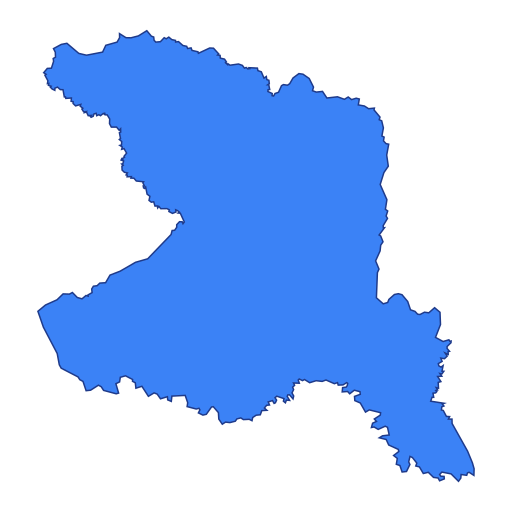 outline of Si Bun Rueang, Nong Bua Lam Phu, Thailand
{"feature_id": "78962969B72189645888200", "entity_name": "Si Bun Rueang", "entity_type": "district", "adm_level": 2, "iso_a3": "THA", "parent_name": "Thailand", "parent_adm1": "Nong Bua Lam Phu", "projection": "mercator", "projection_center": [102.187, 16.996], "detail": "fine", "context": "isolated", "style": "filled", "palette": "blue", "viewbox_px": 512, "rotation_deg": 0, "n_neighbors": 0, "source": "geoboundaries", "source_scale": "gbopen_adm2", "svg_char_len": 5939}
<svg xmlns="http://www.w3.org/2000/svg" viewBox="0 0 512 512"><path d="M47.3,68.4L43.7,72.7L46.1,74.3L44.9,75.2L47.9,80.8L47.4,83.6L48.8,83.4L48.4,85.3L51.1,86.2L50.3,87.1L52.1,89.0L54.8,90.3L54.9,88.2L57.5,87.1L60.3,89.6L63.0,89.7L64.3,96.9L65.5,96.9L65.8,98.4L71.4,98.0L71.1,101.3L73.1,101.6L73.1,103.5L75.6,105.9L80.8,104.4L80.2,106.2L82.8,108.2L81.9,109.1L83.7,111.9L86.1,111.6L85.3,112.4L86.5,112.1L88.2,115.7L91.2,115.4L90.3,116.4L91.1,117.3L93.2,116.3L94.0,113.9L96.2,113.3L96.7,115.7L98.9,114.7L100.5,115.7L103.2,113.5L104.4,114.3L104.6,112.6L105.1,114.8L107.2,114.9L109.7,119.0L109.5,123.6L111.3,127.1L116.6,127.1L119.2,130.3L120.6,128.8L120.7,132.1L119.4,132.7L120.5,138.5L119.3,139.5L121.7,141.5L121.5,145.0L119.9,145.4L122.3,147.0L121.7,149.3L124.0,148.6L126.6,153.1L124.0,156.3L124.5,157.3L122.5,158.4L122.9,159.8L121.8,158.7L121.1,160.1L123.6,160.8L122.9,163.7L121.7,164.0L123.2,165.3L121.9,166.2L122.1,170.1L124.4,172.3L127.4,172.9L126.1,174.9L127.3,175.2L127.1,176.8L131.4,176.6L130.9,178.1L133.9,178.2L136.3,181.0L143.6,181.8L142.9,182.9L144.5,186.0L143.2,186.0L143.6,187.9L144.7,188.5L145.7,187.3L147.1,194.2L149.9,196.3L149.0,200.4L151.3,202.2L153.7,201.8L155.0,206.1L157.2,205.9L157.7,207.9L158.8,206.3L160.8,208.7L166.9,208.6L169.3,209.8L168.9,211.5L172.5,213.4L176.0,212.0L175.7,209.8L177.5,210.6L179.2,212.0L178.1,213.0L180.3,213.2L184.3,222.0L183.0,223.7L182.2,221.8L179.5,221.7L176.7,224.7L176.7,227.3L174.6,230.3L172.1,230.5L171.1,234.5L147.7,258.8L135.5,262.3L120.1,271.2L110.0,275.1L105.6,282.7L99.8,283.1L97.1,285.7L93.4,286.2L91.7,289.0L92.1,292.6L87.9,295.0L88.1,296.1L86.0,295.5L82.0,298.8L77.3,297.5L72.4,292.5L69.4,294.1L63.1,293.9L57.0,299.8L45.5,305.0L37.9,311.3L43.4,327.2L57.2,353.5L59.3,364.8L61.2,368.2L78.0,376.9L79.8,379.7L83.0,381.4L86.1,390.7L90.6,390.2L98.4,385.2L101.2,386.7L103.6,390.4L116.2,393.8L118.6,393.1L115.9,383.7L119.6,381.9L120.3,377.3L125.5,375.8L132.6,379.5L132.5,381.3L135.3,382.8L135.9,388.2L141.9,386.3L148.4,396.3L154.1,392.9L157.2,394.1L160.5,398.8L167.4,396.7L167.7,399.9L171.3,401.4L171.9,396.1L185.2,395.4L187.7,402.7L187.1,406.6L196.2,409.0L199.0,408.3L199.9,409.9L198.4,412.9L202.9,415.1L206.3,414.3L211.5,407.0L213.3,406.7L218.4,412.6L218.8,419.1L222.3,424.2L225.5,422.1L229.9,422.6L235.3,421.2L236.9,418.9L240.8,417.9L243.4,419.6L249.2,419.3L252.0,420.7L252.7,417.5L256.2,415.2L260.3,414.8L261.8,410.6L266.9,410.3L264.4,408.0L266.6,405.3L269.5,405.0L268.2,401.9L272.5,400.6L274.1,403.4L275.4,402.8L276.6,400.1L275.0,397.7L276.8,396.2L284.0,398.6L283.4,401.2L285.4,402.8L286.4,400.1L289.6,400.4L287.2,396.4L287.8,394.9L289.5,394.8L293.0,398.9L293.7,396.0L292.0,392.9L293.6,389.6L292.6,387.2L294.6,385.3L293.5,383.0L299.3,383.2L298.2,380.0L299.2,379.0L302.5,380.6L304.5,379.5L309.7,382.7L316.1,380.7L322.2,381.4L326.0,380.0L334.4,383.7L337.5,382.6L338.2,385.1L343.0,384.9L346.7,382.6L347.7,383.4L347.2,385.7L346.2,387.1L342.6,387.6L342.2,391.9L347.6,391.5L349.7,393.8L354.3,390.2L360.0,391.7L360.3,394.3L354.5,396.4L354.8,400.6L360.3,403.0L365.5,412.1L369.3,409.9L380.6,412.7L380.3,415.1L374.3,419.0L376.5,421.4L372.6,423.2L371.4,427.5L374.1,427.0L378.2,429.4L385.2,426.2L387.5,427.3L389.2,435.0L382.5,435.8L379.3,437.8L386.2,439.5L388.7,445.0L398.3,449.4L398.8,451.5L393.6,455.5L397.3,458.4L396.3,464.3L399.9,465.5L402.1,472.0L406.5,471.5L409.9,464.5L408.7,461.9L410.0,456.4L412.4,457.5L416.8,463.1L415.8,466.0L419.4,466.9L423.3,473.5L428.3,472.3L433.5,477.4L438.1,478.0L439.6,480.8L444.3,478.9L444.1,476.4L440.8,476.2L439.6,474.5L441.9,472.1L451.1,473.9L458.5,481.3L460.8,478.1L461.1,474.5L466.7,475.3L467.5,472.9L469.1,472.3L473.9,475.4L474.1,468.8L472.4,462.8L467.6,451.2L452.1,423.5L452.0,419.1L448.4,419.1L449.6,416.6L446.4,416.4L443.3,410.5L441.4,410.0L441.8,406.8L443.9,406.0L442.3,404.1L444.2,403.3L430.7,401.2L432.0,397.3L433.7,397.3L433.0,393.2L435.6,392.9L436.8,391.6L435.8,390.5L437.6,390.0L436.2,387.6L438.5,388.2L438.2,382.4L440.9,381.6L437.6,376.5L441.8,376.2L439.9,373.5L441.9,373.9L443.8,371.3L442.0,371.2L443.1,365.6L441.0,367.1L438.8,365.8L438.3,363.6L442.1,361.4L440.8,358.1L444.5,358.7L447.2,356.1L445.1,353.0L448.2,354.4L448.1,351.6L449.5,351.3L447.1,348.5L447.1,346.5L451.0,342.7L451.1,341.0L449.9,341.3L448.9,339.8L443.1,341.5L435.5,337.4L440.5,324.5L440.0,312.3L434.6,307.7L428.8,312.8L424.5,312.2L420.0,314.5L417.6,314.2L415.0,311.4L410.5,309.8L407.7,301.5L402.0,294.7L398.4,293.7L394.4,294.5L388.9,299.4L387.7,302.5L383.2,303.8L376.4,297.8L377.4,272.6L379.0,269.1L375.6,260.9L380.1,250.9L380.7,245.2L383.0,241.8L380.7,236.0L379.1,235.0L384.5,227.7L383.3,227.8L383.2,225.6L387.5,218.4L386.1,216.0L387.7,211.0L385.4,209.3L386.9,199.7L380.2,184.5L383.9,172.6L388.3,166.2L386.7,155.1L388.7,144.2L386.0,143.6L383.5,140.9L384.1,137.1L381.9,136.0L383.4,127.9L381.7,120.8L379.2,119.7L380.0,117.1L374.0,109.9L374.4,108.1L368.6,108.7L364.4,106.0L358.3,104.9L359.3,99.0L356.2,98.2L351.6,99.6L348.2,97.0L344.4,99.3L337.5,96.8L326.9,98.0L322.5,91.4L316.3,92.1L312.5,90.7L313.5,87.1L309.2,78.5L303.0,74.2L298.9,73.6L293.0,78.0L289.7,83.7L287.5,85.2L283.4,84.6L281.5,85.7L278.5,92.3L275.0,93.5L273.6,96.0L272.1,95.7L272.2,93.5L267.9,91.5L268.1,89.7L269.7,89.5L268.8,84.9L267.7,84.8L269.3,83.7L268.9,80.3L266.8,79.6L266.3,76.5L264.0,78.1L261.3,71.8L257.9,70.6L257.4,68.1L249.1,67.7L249.7,68.6L247.8,68.9L246.2,67.5L244.4,68.1L242.4,65.4L238.5,64.0L230.0,65.2L228.0,63.8L227.7,64.7L225.5,62.7L226.4,61.9L224.5,59.1L220.3,58.1L220.1,55.4L217.6,55.0L218.7,53.9L213.5,48.2L209.7,48.0L198.4,53.3L198.0,51.8L192.0,50.4L191.1,47.9L187.6,48.5L186.7,46.3L182.9,45.5L178.5,41.6L175.6,42.0L175.5,40.4L171.8,39.6L168.8,37.1L166.2,38.8L164.2,37.7L160.4,41.7L155.8,42.1L154.1,40.3L153.7,37.0L151.4,36.2L146.8,30.7L138.4,35.9L131.0,37.8L126.0,37.7L119.5,33.6L119.6,37.6L117.1,42.1L105.8,45.3L102.6,52.1L86.5,55.2L78.8,53.4L66.9,43.3L61.3,44.4L53.5,48.6L55.3,52.2L55.5,57.2L53.2,58.5L53.6,61.3L51.4,68.2L47.3,68.4Z" fill="#3b82f6" stroke="#1e3a8a" stroke-width="1.5"/></svg>